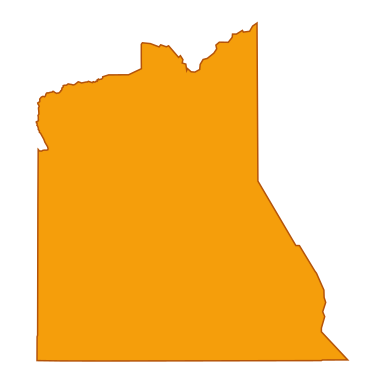 Graham, Arizona, United States of America
{"feature_id": "52423323B31038299720868", "entity_name": "Graham", "entity_type": "district", "adm_level": 2, "iso_a3": "USA", "parent_name": "United States of America", "parent_adm1": "Arizona", "projection": "orthographic", "projection_center": [-110.126, 33.039], "detail": "fine", "context": "isolated", "style": "filled", "palette": "amber", "viewbox_px": 384, "rotation_deg": 0, "n_neighbors": 0, "source": "geoboundaries", "source_scale": "gbopen_adm2", "svg_char_len": 1909}
<svg xmlns="http://www.w3.org/2000/svg" viewBox="0 0 384 384"><path d="M38.2,149.4L37.9,205.7L37.9,206.4L37.6,335.2L37.1,336.7L37.0,360.6L60.8,360.9L102.3,361.0L321.2,360.6L322.5,360.0L347.7,359.9L321.4,331.8L321.4,328.0L324.7,316.6L322.7,311.8L325.7,302.4L324.1,297.5L323.9,290.1L316.5,273.3L314.8,271.0L299.4,245.6L295.8,245.5L257.9,181.1L257.0,23.0L252.6,26.1L249.6,31.3L243.4,32.1L242.4,30.4L236.4,34.1L232.5,34.1L232.2,37.3L228.3,42.3L219.3,42.2L215.9,45.1L216.7,48.9L213.8,53.2L207.3,58.4L203.1,59.5L200.2,64.4L199.7,69.5L194.9,72.1L191.1,71.8L187.5,68.6L186.7,70.4L185.8,64.1L182.2,63.0L182.9,59.6L180.4,55.7L178.6,57.4L168.6,45.8L166.3,46.8L160.7,44.8L159.1,46.9L150.4,43.6L142.4,42.8L141.3,44.3L141.3,59.6L141.4,68.7L128.5,74.8L124.0,74.8L123.3,74.8L112.7,74.9L108.6,74.9L102.7,76.8L102.7,77.9L101.5,79.2L100.1,79.3L99.6,79.5L98.7,79.6L98.4,79.1L97.1,80.0L97.5,80.8L97.1,81.4L96.1,81.2L95.3,82.0L94.1,82.2L93.7,81.7L92.9,81.9L92.5,82.6L91.0,82.3L90.1,81.9L88.3,81.3L87.5,82.0L86.2,82.0L83.8,82.5L81.6,83.0L79.3,82.1L78.2,81.8L76.6,83.1L74.8,84.5L73.1,85.0L71.7,84.5L70.2,84.3L68.1,83.9L66.4,85.2L64.7,85.2L63.2,85.6L63.2,86.9L61.9,88.1L61.9,89.3L61.3,90.6L60.9,90.6L60.2,91.8L58.8,93.0L57.3,93.1L56.7,93.4L54.5,92.3L53.6,91.4L52.7,91.4L52.1,92.1L50.0,92.4L48.0,93.0L47.1,92.8L46.3,93.4L45.7,94.8L45.4,96.0L44.6,96.8L43.9,96.5L42.7,96.4L41.2,97.2L39.7,99.1L39.8,100.5L39.8,101.1L39.7,101.7L38.7,102.3L37.7,103.0L38.1,104.3L38.8,105.2L39.2,106.5L38.5,107.7L38.5,108.8L38.7,110.5L38.8,112.0L38.9,114.0L38.0,115.5L38.3,116.9L38.3,118.2L38.3,119.6L38.5,119.9L38.1,121.0L37.4,121.3L36.3,121.8L36.4,122.8L36.9,122.9L37.2,124.2L36.9,125.3L37.6,126.0L38.3,128.1L38.3,129.6L39.4,130.7L39.3,132.1L40.6,133.4L41.1,134.3L43.8,139.2L44.9,142.2L47.6,146.8L48.1,148.7L47.8,149.8L46.3,150.2L44.8,150.1L43.0,150.3L41.5,151.1L39.2,150.9L38.4,149.6L38.2,149.4Z" fill="#f59e0b" stroke="#b45309" stroke-width="1.5"/></svg>